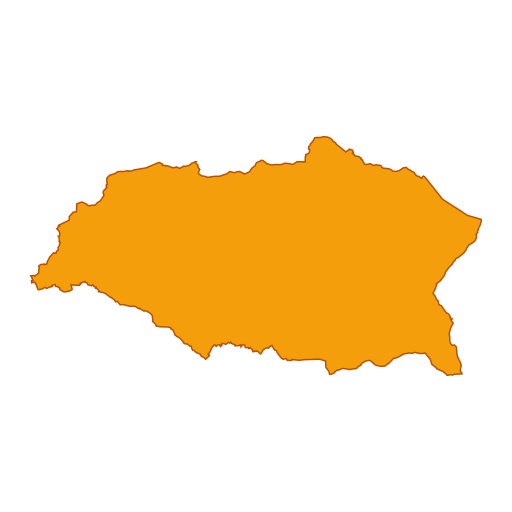 Tiha Bargaului, Bistrita-Nasaud, Romania (Natural Earth projection)
{"feature_id": "2599482B23596270309682", "entity_name": "Tiha Bargaului", "entity_type": "district", "adm_level": 2, "iso_a3": "ROU", "parent_name": "Romania", "parent_adm1": "Bistrita-Nasaud", "projection": "natural_earth1", "projection_center": [24.915, 47.238], "detail": "fine", "context": "isolated", "style": "filled", "palette": "amber", "viewbox_px": 512, "rotation_deg": 0, "n_neighbors": 0, "source": "geoboundaries", "source_scale": "gbopen_adm2", "svg_char_len": 6018}
<svg xmlns="http://www.w3.org/2000/svg" viewBox="0 0 512 512"><path d="M38.3,289.8L42.8,288.8L44.2,287.6L45.6,287.6L46.4,288.5L49.6,287.1L52.0,286.7L52.3,286.3L51.9,285.5L55.1,284.5L55.5,286.2L58.4,287.1L59.7,288.1L59.4,288.6L60.2,289.9L64.1,292.0L69.5,291.1L72.2,289.4L71.1,284.7L73.1,285.1L79.6,285.3L80.2,284.0L80.9,283.8L80.5,283.1L84.8,281.5L85.2,282.4L86.8,282.8L87.6,283.8L87.8,284.7L91.5,285.8L92.9,284.8L93.9,286.5L96.1,287.2L95.4,288.1L95.6,288.4L96.9,288.5L99.0,290.8L98.5,291.6L103.9,292.8L105.1,293.4L110.5,297.3L111.3,297.5L114.3,299.8L115.7,301.9L116.8,301.4L117.5,301.7L120.2,304.8L123.1,304.6L130.5,306.4L134.0,306.1L136.2,306.9L138.0,308.4L139.3,308.8L139.6,308.3L143.4,310.9L147.2,311.1L147.8,312.0L148.6,312.2L151.5,314.4L152.3,316.0L152.8,320.3L152.6,321.5L155.1,323.7L156.3,326.1L160.2,326.8L168.1,327.0L170.7,327.9L170.8,328.8L172.6,329.7L174.4,333.0L174.8,334.8L177.2,336.7L179.6,337.9L183.4,342.0L183.4,342.8L185.0,343.8L187.5,344.1L189.9,346.2L191.3,346.2L191.7,348.5L192.8,350.3L194.2,350.6L196.0,352.4L200.1,354.2L201.3,356.3L204.3,357.8L205.6,359.3L209.5,355.6L209.4,355.2L209.0,355.2L208.0,354.1L209.5,352.9L212.2,347.1L213.3,346.3L213.9,345.0L214.2,344.8L215.5,345.3L216.1,346.4L216.6,346.2L217.7,344.9L219.4,344.7L220.4,346.5L221.1,345.1L221.7,345.5L222.0,343.4L222.9,343.7L223.9,343.5L225.9,344.5L227.9,342.5L229.8,343.1L230.6,342.1L231.1,342.6L230.9,342.9L232.5,343.9L234.9,344.6L234.9,345.8L239.3,345.6L240.1,344.8L240.8,344.7L241.0,346.9L243.0,344.6L245.0,345.3L245.0,346.7L245.4,347.6L248.2,347.6L248.5,348.5L249.7,348.4L250.1,347.6L252.3,349.7L252.6,351.2L253.0,351.7L253.3,350.8L254.6,351.5L255.5,351.0L256.3,351.4L257.3,351.0L260.3,353.9L260.9,353.9L263.3,349.7L266.2,348.0L267.5,347.9L268.4,348.2L268.6,347.5L270.1,346.7L270.9,345.7L272.2,345.6L272.3,346.6L273.1,347.2L273.6,348.7L274.9,350.2L276.1,350.4L277.9,353.8L281.6,358.4L283.2,359.3L286.2,358.5L287.3,360.4L291.7,360.5L291.8,359.5L299.1,360.3L304.0,359.7L318.4,359.2L320.0,359.3L325.6,361.0L325.8,366.6L326.1,367.7L329.1,371.7L329.3,373.5L329.7,374.4L331.5,374.2L334.6,372.7L334.8,371.9L337.1,370.2L338.8,370.0L342.3,368.5L347.2,369.0L349.4,369.6L353.2,368.8L354.9,368.9L357.1,368.0L358.2,366.6L361.0,365.2L361.2,363.9L361.8,363.3L365.6,361.1L368.5,360.4L370.6,360.7L374.9,364.7L377.1,365.6L381.8,366.4L384.9,366.0L386.0,365.5L386.6,364.5L388.4,363.7L393.9,358.1L395.5,358.1L397.9,357.3L403.7,354.0L409.6,352.9L411.9,353.4L415.1,352.4L420.0,353.6L425.4,353.2L427.0,355.5L429.9,358.8L431.3,362.3L431.5,363.9L432.1,364.5L436.1,367.7L436.7,368.8L442.7,371.4L445.9,373.8L447.0,375.3L451.2,374.7L452.7,375.1L454.5,374.2L462.0,373.9L462.0,373.2L460.7,371.6L460.3,370.5L461.2,365.2L460.4,362.6L457.6,356.9L457.1,355.0L456.3,346.9L454.5,345.0L451.9,345.3L449.9,342.2L449.7,336.9L449.2,333.3L450.8,327.7L453.2,323.1L450.7,319.5L452.2,318.9L450.1,317.5L449.9,315.7L447.9,313.5L446.1,312.6L441.2,305.5L440.0,305.3L438.8,304.3L438.3,301.4L437.7,300.3L437.0,300.0L436.3,299.0L434.9,295.7L433.0,293.4L434.7,289.8L435.6,288.4L435.7,287.1L436.8,284.8L436.3,283.8L440.8,280.5L440.9,279.7L441.5,279.4L444.5,275.1L445.8,271.6L449.2,267.2L452.7,263.6L453.5,261.4L454.2,261.3L455.1,260.4L455.5,259.1L456.2,258.4L458.0,257.7L463.6,253.2L466.2,249.7L466.8,247.9L468.2,246.3L468.4,245.2L471.5,243.5L474.8,241.1L475.9,239.1L476.5,237.3L476.5,235.5L476.0,234.4L477.7,232.5L477.6,231.3L478.6,228.9L478.9,227.3L479.9,225.7L481.0,222.3L481.3,219.7L481.2,219.4L467.5,215.4L442.6,199.3L424.9,177.0L423.5,176.1L422.2,177.1L422.0,178.2L421.0,178.0L419.1,176.5L417.3,176.1L415.3,174.6L414.2,172.4L411.5,171.2L410.0,170.0L408.2,169.2L406.2,167.4L403.4,167.8L399.1,170.6L396.1,171.4L392.5,171.1L391.8,170.2L389.1,168.8L383.1,168.1L381.9,167.5L381.7,166.6L380.7,165.5L376.5,164.8L373.1,165.4L370.4,163.7L366.3,164.5L365.4,164.3L364.4,163.9L364.1,163.2L363.2,162.3L362.7,160.2L361.1,159.2L361.1,158.2L358.7,156.5L355.1,155.9L353.9,154.3L352.5,153.6L353.5,152.4L352.9,151.6L352.6,150.2L349.3,149.1L348.9,149.9L347.2,150.8L345.9,152.0L336.5,144.4L335.5,142.9L333.0,141.1L332.2,139.8L330.5,138.4L327.5,137.1L323.7,136.7L320.1,137.5L316.2,137.5L314.8,137.8L312.8,141.3L310.3,144.1L309.9,145.7L309.2,146.1L308.5,147.5L308.9,149.4L309.8,149.8L309.3,152.3L308.7,153.2L307.5,154.1L305.7,154.5L306.0,155.4L305.3,156.7L305.2,160.9L305.4,161.8L297.1,161.7L293.5,164.0L292.1,164.4L289.3,163.6L284.8,163.2L280.8,164.7L276.0,164.5L271.3,165.0L266.9,163.6L262.8,160.4L260.7,160.4L260.0,161.3L257.5,162.0L256.2,163.1L255.0,165.8L251.8,168.2L249.4,171.9L244.8,173.9L243.8,173.9L243.2,173.1L239.4,171.5L238.1,171.5L234.2,172.7L229.8,171.5L227.1,173.7L219.7,176.2L213.8,176.4L207.9,177.3L204.2,176.2L201.8,175.9L198.5,173.6L198.6,172.2L199.7,169.3L198.3,167.6L197.7,164.9L195.5,162.8L195.5,162.3L196.2,161.7L195.9,161.6L191.8,163.2L189.1,165.4L185.7,166.3L183.5,166.2L179.9,168.4L176.2,166.9L176.0,167.4L172.6,167.8L167.7,165.8L164.8,165.8L164.5,165.4L162.4,165.3L162.4,164.1L161.9,163.7L158.8,162.4L146.0,167.9L134.1,169.9L132.5,170.8L129.7,171.1L128.9,170.8L128.1,171.5L127.6,170.9L126.2,170.9L122.7,171.7L121.8,171.3L117.8,171.7L114.8,173.6L109.5,175.3L106.8,178.2L106.9,182.7L107.4,184.2L106.4,184.7L106.6,185.1L106.2,185.8L106.3,186.7L106.9,187.1L105.0,189.5L104.4,189.7L103.0,192.0L103.9,195.5L100.2,201.0L97.6,202.5L95.4,204.8L94.2,205.3L92.3,205.1L89.8,205.7L87.5,205.4L86.7,204.2L82.0,202.0L76.9,203.7L76.4,211.5L75.5,212.1L73.4,212.0L69.3,216.5L69.2,220.2L59.5,224.8L59.9,225.8L59.5,226.0L58.5,225.6L57.5,228.5L56.9,228.6L57.4,229.6L58.6,230.4L59.6,232.5L59.7,234.8L59.5,235.9L59.3,236.4L58.4,236.3L58.9,237.0L59.4,240.4L59.0,241.5L60.0,242.1L60.3,243.1L59.7,243.4L59.5,245.2L58.0,247.6L58.2,249.6L57.9,250.5L57.2,250.7L56.4,251.7L55.9,253.3L53.6,252.8L49.7,257.1L47.0,262.3L46.9,263.9L44.2,264.7L44.0,264.0L40.6,264.6L38.7,266.0L39.2,268.4L38.8,269.7L38.7,273.0L34.9,276.0L33.8,275.5L30.7,275.8L32.2,278.1L32.1,278.6L33.0,280.4L31.5,280.7L31.7,282.9L34.7,282.1L35.4,283.7L35.8,283.6L37.4,288.1L38.3,289.8Z" fill="#f59e0b" stroke="#b45309" stroke-width="1.5"/></svg>